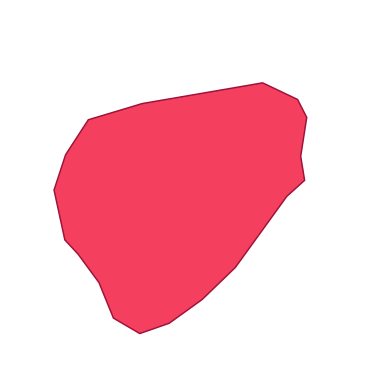 an SVG outline of Andorra, rotated 335°
{"feature_id": "AND", "entity_name": "Andorra", "entity_type": "country or territory", "adm_level": 0, "iso_a3": "AND", "parent_name": "Europe", "parent_adm1": "", "projection": "natural_earth1", "projection_center": [1.563, 42.539], "detail": "fine", "context": "isolated", "style": "filled", "palette": "rose", "viewbox_px": 384, "rotation_deg": 335, "n_neighbors": 0, "source": "natural_earth", "source_scale": "50m", "svg_char_len": 390}
<svg xmlns="http://www.w3.org/2000/svg" viewBox="0 0 384 384"><g transform="rotate(335 192 192)"><path d="M299.0,229.0L276.1,236.0L199.4,278.7L155.8,293.7L115.9,301.3L84.8,298.2L67.5,273.1L69.4,234.8L62.5,200.2L56.5,181.7L67.8,131.9L93.2,104.8L128.6,82.7L184.2,90.8L302.1,122.9L326.8,152.8L327.5,172.9L305.6,205.6L299.0,229.0Z" fill="#f43f5e" stroke="#9f1239" stroke-width="1.5"/></g></svg>